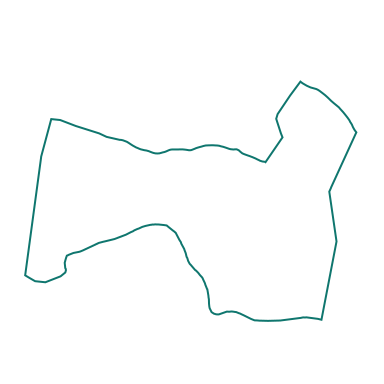 Augier, Laborie, Saint Lucia, rotated 276°
{"feature_id": "8701671B53372431800849", "entity_name": "Augier", "entity_type": "district", "adm_level": 2, "iso_a3": "LCA", "parent_name": "Saint Lucia", "parent_adm1": "Laborie", "projection": "albers", "projection_center": [-60.98, 13.767], "detail": "fine", "context": "isolated", "style": "outline", "palette": "teal", "viewbox_px": 384, "rotation_deg": 276, "n_neighbors": 0, "source": "geoboundaries", "source_scale": "gbopen_adm2", "svg_char_len": 3112}
<svg xmlns="http://www.w3.org/2000/svg" viewBox="0 0 384 384"><g transform="rotate(276 192 192)"><path d="M210.1,38.3L91.7,34.8L91.2,35.8L89.8,38.8L88.5,41.7L86.9,45.3L86.9,55.6L94.4,70.1L97.2,72.9L98.7,74.4L100.9,74.8L102.3,74.5L103.1,73.9L108.3,72.8L110.0,73.1L110.3,73.1L113.6,73.7L115.6,74.2L116.2,75.4L116.5,75.7L119.0,80.5L120.6,85.7L121.1,87.0L122.5,89.6L131.6,104.6L132.7,107.5L133.2,108.8L133.8,110.6L137.1,119.8L141.8,129.1L142.6,130.7L145.8,135.6L146.7,137.3L147.8,138.6L149.6,141.7L150.0,142.7L152.1,146.2L153.4,149.3L155.0,154.1L155.2,155.2L155.5,155.8L155.5,156.7L156.0,159.1L156.0,160.0L156.2,162.0L156.2,166.5L156.2,167.6L156.1,169.9L156.1,170.3L154.6,172.5L151.7,177.0L150.6,178.9L150.3,179.1L149.8,180.0L143.0,184.5L140.9,186.2L139.6,186.7L134.5,190.2L133.5,190.6L133.1,190.8L130.8,192.0L129.3,192.6L128.0,193.0L126.6,193.6L125.9,194.2L124.2,194.9L123.2,195.3L120.5,197.1L120.1,197.5L119.3,198.5L118.6,199.2L114.8,203.2L114.4,204.0L113.3,205.4L112.2,206.7L110.2,208.6L108.1,211.0L107.8,211.2L107.5,211.5L105.7,212.5L103.6,213.8L102.4,214.5L101.3,214.9L97.7,216.8L97.2,217.0L96.9,217.4L92.6,218.6L90.4,219.2L89.2,219.4L87.1,220.0L82.7,220.6L79.9,221.2L78.3,221.7L74.6,224.0L73.3,226.5L72.9,228.7L72.9,229.8L73.1,231.5L76.7,239.2L76.8,241.4L77.3,243.8L77.3,245.7L77.2,247.1L77.2,248.5L76.4,251.2L76.2,252.3L75.4,254.5L74.9,256.0L71.9,264.1L70.9,267.6L71.1,270.7L71.1,272.3L71.8,281.1L73.4,293.2L73.9,295.3L78.2,313.5L78.4,314.0L78.9,315.6L79.0,317.5L79.3,318.9L79.0,330.4L78.5,334.1L157.9,340.9L206.7,328.5L210.3,329.7L211.2,329.9L268.5,349.2L270.3,347.5L271.9,346.3L273.5,345.2L275.7,344.0L277.4,342.7L278.2,342.0L279.7,341.1L282.0,339.1L285.0,336.2L287.2,334.0L290.3,330.5L291.5,329.3L292.7,327.5L295.2,323.7L297.3,320.7L300.1,317.2L302.2,314.3L303.9,311.6L305.9,308.3L306.8,306.5L307.4,304.8L308.1,300.6L308.4,298.9L309.7,295.0L311.5,291.0L312.1,289.9L313.1,288.3L298.2,279.5L278.4,269.0L273.6,268.1L270.4,269.5L259.6,274.3L255.8,276.3L229.4,262.0L229.6,261.7L229.7,259.7L229.7,258.8L230.0,257.4L230.2,256.4L230.7,255.2L231.3,253.4L231.6,252.7L232.1,251.3L232.4,250.3L233.0,248.4L233.4,246.8L233.8,245.4L234.0,244.4L234.6,241.9L235.1,239.9L235.7,238.0L237.0,236.0L238.4,234.1L239.1,232.0L238.9,230.2L238.6,228.8L238.6,225.9L238.8,224.5L239.6,221.1L240.2,218.3L240.5,215.8L240.8,214.5L240.9,212.6L240.8,211.1L240.7,208.6L240.5,206.3L240.3,205.0L240.0,202.7L239.7,200.8L239.0,198.7L238.2,196.8L237.6,195.2L236.8,193.2L236.0,191.4L235.3,190.2L234.0,187.7L233.5,186.6L233.2,184.7L233.3,183.4L233.4,181.4L233.4,179.8L233.4,178.1L233.1,175.5L232.8,173.3L232.5,170.2L232.3,168.4L232.0,166.7L231.5,165.3L230.8,164.0L229.7,162.1L228.9,160.5L228.3,158.7L227.6,157.0L227.0,155.4L226.7,153.5L226.6,151.6L226.8,149.7L227.1,148.3L227.6,146.4L228.1,144.7L228.5,142.3L228.6,140.2L228.9,138.0L229.1,136.5L229.5,135.0L230.0,133.5L230.5,131.7L231.2,130.1L232.0,128.2L233.0,126.2L234.0,124.3L235.0,122.3L235.4,121.0L236.2,117.9L236.3,117.0L236.4,116.1L236.4,115.8L236.3,114.7L237.9,101.3L240.6,93.5L245.5,69.5L249.8,53.4L249.8,44.4L211.4,38.3L210.1,38.3Z" fill="none" stroke="#0f766e" stroke-width="2"/></g></svg>